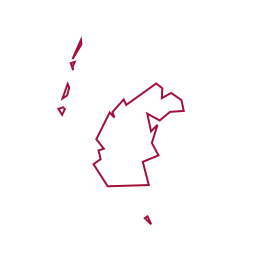 map outline of Western (Natural Earth projection), rotated 341°
{"feature_id": "FJI-2620", "entity_name": "Western", "entity_type": "Division", "adm_level": 1, "iso_a3": "FJI", "parent_name": "Fiji", "parent_adm1": "", "projection": "natural_earth1", "projection_center": [177.638, -19.194], "detail": "coarse", "context": "isolated", "style": "outline", "palette": "rose", "viewbox_px": 256, "rotation_deg": 341, "n_neighbors": 0, "source": "natural_earth", "source_scale": "10m", "svg_char_len": 727}
<svg xmlns="http://www.w3.org/2000/svg" viewBox="0 0 256 256"><g transform="rotate(341 128 128)"><path d="M129.1,188.7L89.8,176.5L83.6,151.0L92.0,148.5L92.8,139.6L98.4,139.7L94.4,128.3L115.7,107.4L118.5,113.6L118.5,107.9L133.2,99.6L133.8,105.6L169.2,95.1L173.4,101.7L169.7,110.8L180.2,108.9L187.6,119.0L186.3,130.0L173.0,126.4L160.4,131.2L150.9,120.7L148.7,138.6L156.9,134.6L145.7,149.9L147.9,163.8L131.0,164.8L129.1,188.7ZM75.6,78.8L85.3,66.7L85.5,70.7L81.1,77.4L75.6,78.8ZM98.0,44.7L112.2,29.4L111.2,33.8L98.0,44.7ZM68.4,87.3L73.3,87.3L74.5,89.5L70.0,94.1L68.4,87.3ZM114.6,218.7L117.7,217.9L118.5,226.6L114.6,218.7ZM99.2,48.2L95.7,51.8L94.9,55.4L95.0,48.0L99.2,48.2Z" fill="none" stroke="#9f1239" stroke-width="2"/></g></svg>